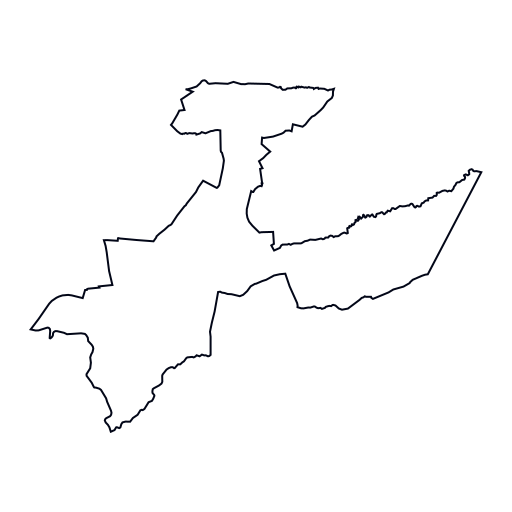 outline of Papalotla de Xicohténcatl, Tlaxcala, Mexico
{"feature_id": "50627088B24838191434080", "entity_name": "Papalotla de Xicohténcatl", "entity_type": "district", "adm_level": 2, "iso_a3": "MEX", "parent_name": "Mexico", "parent_adm1": "Tlaxcala", "projection": "robinson", "projection_center": [-98.192, 19.172], "detail": "fine", "context": "isolated", "style": "outline", "palette": "ink", "viewbox_px": 512, "rotation_deg": 0, "n_neighbors": 0, "source": "geoboundaries", "source_scale": "gbopen_adm2", "svg_char_len": 6014}
<svg xmlns="http://www.w3.org/2000/svg" viewBox="0 0 512 512"><path d="M110.8,431.7L114.5,430.1L116.1,427.4L116.8,427.2L119.2,428.1L119.7,427.9L120.4,427.3L121.3,424.2L122.5,422.4L125.5,421.6L130.1,421.7L132.9,418.0L137.6,414.8L140.4,410.3L141.8,409.8L142.7,410.1L144.4,409.0L148.6,402.2L151.9,400.9L153.2,398.8L154.4,395.8L154.2,395.0L152.5,392.9L152.4,391.1L152.8,389.1L153.8,388.3L159.0,385.5L161.5,383.6L162.3,381.8L162.2,375.8L162.6,374.5L166.5,369.6L168.7,368.1L171.0,367.2L172.7,367.2L174.1,368.2L174.7,368.1L178.0,364.3L180.3,364.3L182.4,362.3L183.9,361.4L186.2,358.2L187.3,357.4L192.1,356.9L193.7,357.4L195.6,356.4L196.6,355.3L199.6,356.3L201.9,354.6L204.3,355.4L205.8,355.3L208.0,356.3L209.3,356.0L210.6,354.9L210.6,336.7L210.0,331.7L211.9,322.5L214.6,311.6L218.1,292.0L220.2,291.7L221.9,292.6L224.7,293.0L227.6,294.0L231.5,294.2L239.8,296.2L243.2,294.8L247.2,291.1L250.7,286.3L254.8,283.9L256.1,283.7L262.4,281.0L266.2,279.8L274.0,275.5L279.9,274.2L285.3,273.7L289.6,286.3L297.1,303.0L297.6,305.4L297.5,307.2L301.1,308.3L303.5,308.4L308.3,307.5L310.3,307.6L314.0,306.4L315.0,306.6L316.6,307.7L318.1,308.2L320.5,307.9L321.9,308.9L324.9,307.9L325.7,306.9L327.9,306.2L329.3,305.9L331.2,306.1L332.5,305.0L333.4,304.9L335.5,305.5L338.8,308.5L342.0,309.7L347.9,308.6L359.4,300.0L361.7,297.9L363.5,297.3L364.8,296.3L365.9,296.8L371.0,296.8L371.3,297.8L372.9,298.9L388.6,292.4L393.3,289.5L403.5,286.6L409.6,283.1L410.1,282.2L412.7,279.8L421.9,275.8L425.1,274.7L427.8,274.3L481.3,172.2L476.5,171.1L474.2,171.3L473.3,170.9L472.6,169.7L471.6,169.2L469.8,169.8L468.7,170.9L469.2,173.1L469.2,174.3L467.8,175.3L465.8,174.4L464.3,175.0L464.0,175.3L464.2,176.0L465.1,177.0L465.0,178.2L464.3,179.6L462.1,180.0L459.4,182.2L457.4,182.4L456.4,183.0L455.5,184.9L454.0,186.7L453.4,188.7L451.3,191.2L449.2,190.7L447.5,191.5L446.2,190.7L444.8,190.4L442.4,190.9L439.1,192.7L437.2,192.6L436.7,192.9L436.8,194.8L436.1,195.9L434.1,195.9L432.5,197.6L428.3,198.2L428.1,200.4L426.1,200.5L424.6,201.4L423.6,202.7L421.8,203.3L420.5,206.3L419.0,206.6L417.2,205.8L416.5,206.0L415.9,207.1L415.2,207.5L414.3,206.9L412.4,204.0L411.6,203.7L410.7,203.9L408.9,205.7L408.1,205.4L405.1,206.2L402.5,206.4L399.8,206.0L395.6,209.0L394.6,209.0L393.4,208.2L392.1,208.2L390.2,211.3L387.7,210.7L386.7,212.4L386.1,212.4L384.6,214.1L384.0,214.2L382.2,212.3L381.4,212.2L379.8,213.2L376.8,213.9L376.4,214.4L376.1,216.3L375.4,217.1L373.8,216.7L372.4,214.5L371.8,214.6L369.8,216.6L369.3,216.3L368.6,215.2L367.2,215.2L366.5,216.8L365.5,217.6L365.1,217.5L364.3,215.5L363.4,214.8L363.1,215.0L362.9,216.8L361.1,218.6L359.7,216.8L359.3,216.6L358.7,217.3L358.3,217.0L357.9,218.4L358.8,218.9L358.9,219.5L357.9,220.8L357.1,220.7L356.3,219.9L355.5,220.1L355.5,222.1L354.5,222.9L354.0,224.4L352.9,225.0L352.3,224.3L351.9,224.3L351.2,226.2L350.6,226.5L349.5,226.0L349.2,226.3L349.1,227.7L347.5,228.0L347.2,228.3L347.8,233.0L346.8,233.5L344.4,232.6L343.5,232.8L341.3,233.9L339.2,235.6L338.0,236.2L335.1,236.3L333.7,237.1L332.2,235.9L330.5,235.6L329.1,236.3L328.3,237.5L325.4,237.6L324.5,238.7L323.5,239.1L322.6,239.2L321.1,238.5L315.4,239.9L310.1,239.6L307.6,240.7L304.8,241.2L301.5,243.2L300.5,243.4L294.0,243.4L292.3,243.9L290.7,244.8L288.9,243.9L287.4,244.5L282.6,244.6L281.2,245.5L279.9,247.9L274.1,250.5L271.3,245.4L273.9,243.9L273.1,231.9L261.6,232.2L259.4,232.6L252.4,225.7L249.1,221.7L247.4,217.7L246.7,213.6L246.8,209.1L251.2,191.1L252.7,192.0L253.3,192.0L255.1,189.1L258.0,186.7L260.1,185.9L261.6,186.2L262.0,185.2L261.7,183.7L262.3,183.8L262.5,183.3L262.0,182.1L260.1,168.9L262.5,168.2L259.0,161.2L263.2,158.1L266.5,154.7L270.2,151.6L261.6,144.1L262.1,137.6L263.9,138.0L273.0,136.6L281.6,133.7L283.5,132.7L285.6,130.7L289.4,130.5L291.6,131.3L292.9,124.3L302.6,126.7L305.4,124.5L308.8,120.1L311.9,116.7L314.6,115.5L320.7,110.1L323.2,107.5L327.3,101.5L331.8,98.0L332.9,95.5L333.0,91.6L333.9,88.8L331.8,89.5L329.5,89.7L328.0,90.5L324.3,88.8L319.9,88.5L318.6,88.9L318.0,87.7L315.7,87.9L313.9,88.9L313.8,88.3L313.1,87.9L309.6,87.5L308.9,87.0L307.1,87.8L305.9,87.3L304.6,87.6L301.3,86.7L300.7,87.3L298.9,86.6L298.5,87.4L296.8,86.6L296.3,87.1L296.2,88.2L295.8,88.3L294.8,87.6L293.2,87.6L291.3,88.3L287.3,88.4L285.5,89.7L282.7,89.8L281.1,88.3L280.7,87.0L280.0,86.8L279.0,87.5L277.6,87.6L269.4,84.0L248.3,83.5L245.1,84.2L241.0,84.1L233.5,81.9L227.8,83.8L215.5,83.2L209.2,83.8L207.9,83.2L206.1,81.1L204.7,80.3L202.9,80.5L201.6,81.3L200.2,83.2L196.6,86.5L190.9,88.4L187.3,89.3L185.6,89.2L192.7,91.7L181.1,99.5L184.5,110.0L179.3,110.6L177.4,114.5L172.2,123.4L171.0,124.9L177.2,131.2L180.4,133.6L182.3,134.1L183.0,133.6L184.4,133.7L185.2,133.1L185.9,133.0L187.3,133.8L189.3,133.1L192.6,133.5L194.1,133.2L195.4,133.3L196.2,133.8L196.4,134.6L200.2,133.4L201.7,132.1L205.5,133.3L210.8,131.1L212.8,130.9L215.1,130.2L217.5,130.0L220.3,130.4L220.7,150.5L221.0,151.8L222.0,152.8L223.6,158.6L223.9,160.7L222.8,168.4L219.2,185.3L217.3,187.7L216.7,187.9L203.1,180.7L198.3,187.4L196.0,192.0L186.7,203.6L185.8,205.3L184.5,206.2L177.2,215.5L171.5,224.2L170.5,225.0L168.7,225.8L164.5,229.7L159.4,233.7L156.5,236.4L156.2,237.5L153.5,241.3L136.4,240.0L120.1,238.5L118.3,238.1L118.0,238.2L117.7,240.8L107.2,240.1L103.9,240.2L105.6,245.9L106.7,252.3L109.1,271.1L112.4,285.0L98.9,286.4L99.4,287.6L88.1,288.7L87.1,289.1L86.9,289.9L85.1,290.0L82.7,298.1L71.8,295.4L68.2,294.9L62.5,295.4L59.1,296.5L56.5,297.7L51.8,300.9L49.2,303.7L38.6,319.0L30.7,329.4L35.6,330.5L38.6,330.4L47.4,327.6L48.7,327.8L49.8,328.9L50.2,330.9L49.7,337.6L49.7,338.1L50.2,338.4L51.4,337.6L52.4,336.4L52.9,335.3L53.1,333.1L53.9,331.9L55.3,331.1L56.9,331.1L64.0,332.8L67.0,334.2L81.1,333.3L84.9,333.9L86.2,335.1L87.8,337.7L88.2,341.1L91.7,344.8L92.9,346.7L93.3,348.7L92.5,352.1L91.2,354.4L90.2,357.4L90.9,362.7L90.2,368.3L86.5,374.2L86.6,375.8L91.7,382.7L93.8,386.9L94.3,387.5L95.9,387.6L99.4,388.7L101.0,389.9L106.1,398.3L107.1,401.7L111.0,410.7L111.5,412.8L111.1,414.8L110.1,416.2L106.2,418.2L105.2,419.2L104.8,420.4L105.7,422.5L107.9,424.8L109.4,427.3L110.8,431.7Z" fill="none" stroke="#020617" stroke-width="2"/></svg>